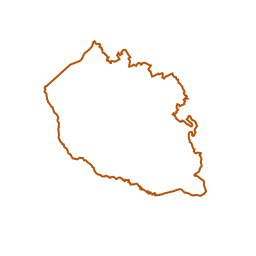 map outline of Limpopo (Natural Earth projection), rotated 244°
{"feature_id": "ZAF-1210", "entity_name": "Limpopo", "entity_type": "Province", "adm_level": 1, "iso_a3": "ZAF", "parent_name": "South Africa", "parent_adm1": "", "projection": "natural_earth1", "projection_center": [29.071, -23.769], "detail": "fine", "context": "isolated", "style": "outline", "palette": "amber", "viewbox_px": 256, "rotation_deg": 244, "n_neighbors": 0, "source": "natural_earth", "source_scale": "10m", "svg_char_len": 5797}
<svg xmlns="http://www.w3.org/2000/svg" viewBox="0 0 256 256"><g transform="rotate(244 128 128)"><path d="M132.0,63.3L133.8,63.7L134.8,63.8L135.4,63.6L135.7,63.8L136.4,63.8L138.4,62.6L139.1,62.4L140.8,62.9L141.7,63.0L142.0,62.6L142.3,61.9L143.0,61.8L144.1,61.9L145.4,61.2L146.1,61.1L146.7,61.6L147.1,61.4L149.4,61.3L150.1,61.5L152.1,63.0L153.3,63.3L154.1,63.8L155.3,63.9L155.8,64.1L156.8,64.7L157.8,65.0L158.2,65.2L158.8,66.0L159.0,66.3L160.0,66.4L160.5,66.7L161.4,67.5L162.3,67.9L162.9,68.0L164.4,67.7L165.2,67.8L165.9,68.0L166.4,68.4L166.8,68.9L167.9,69.7L169.1,70.0L170.4,70.0L171.7,69.7L172.4,69.5L173.7,68.8L174.3,68.6L175.0,68.6L177.2,68.9L178.2,68.9L178.5,69.0L179.0,69.4L179.8,69.3L180.7,68.5L181.4,68.3L185.2,68.0L186.3,67.5L187.3,67.8L189.3,68.0L193.0,69.0L194.2,69.6L194.8,69.7L195.4,69.5L196.5,68.9L197.0,68.9L197.4,69.1L198.1,70.0L199.1,70.7L199.4,70.8L199.6,70.8L200.2,70.5L200.5,70.6L200.9,70.9L201.7,72.2L201.3,72.9L210.0,103.1L210.2,104.3L209.4,113.6L209.6,115.3L210.2,116.7L213.5,120.6L214.2,122.1L215.4,127.2L216.8,130.8L217.3,131.6L217.9,132.3L220.1,134.1L220.5,134.6L220.7,135.2L220.7,135.9L220.3,136.1L219.5,136.2L219.0,136.2L218.5,135.9L218.1,136.0L216.6,137.5L216.2,139.1L215.8,139.4L215.1,139.5L214.5,139.3L214.2,139.1L214.1,138.8L214.0,138.3L213.9,138.2L213.6,137.9L213.1,138.0L212.8,138.2L212.5,138.5L212.0,139.3L211.6,139.4L211.4,139.3L211.0,138.8L210.8,138.7L210.6,138.8L209.8,139.3L209.4,139.2L208.7,138.8L206.9,138.3L206.7,138.3L205.9,139.3L205.4,139.7L205.2,139.8L204.4,139.6L204.1,139.7L203.7,140.0L203.1,140.5L202.7,140.7L201.4,140.4L200.9,140.5L200.0,141.5L199.4,140.2L198.5,138.8L197.5,138.9L197.1,140.0L195.9,140.2L194.2,140.7L194.0,141.2L195.3,141.4L195.4,142.5L194.8,143.7L193.3,145.1L193.5,150.5L196.2,150.4L198.1,150.1L199.8,152.3L197.0,152.8L197.2,155.2L198.8,155.0L200.3,158.1L199.0,160.1L193.3,160.5L190.6,161.1L190.4,158.9L187.2,159.2L183.5,156.3L182.6,156.0L182.4,156.6L182.2,158.3L182.4,161.1L181.5,161.5L180.3,162.5L181.3,164.0L181.9,166.1L180.6,167.3L179.1,167.5L179.0,167.9L179.9,169.0L179.8,170.7L178.5,172.4L175.3,174.6L174.2,176.0L171.8,172.1L169.9,172.3L169.3,173.1L163.7,172.2L163.4,174.6L163.5,177.7L163.7,179.0L162.5,179.5L162.4,182.6L161.6,183.1L160.3,182.4L158.6,181.1L156.7,182.0L157.7,184.2L157.5,188.2L157.6,191.7L155.4,191.6L153.6,192.1L152.6,193.3L150.3,193.0L149.6,194.2L146.3,193.2L144.6,194.3L141.4,194.9L139.1,194.5L137.2,194.9L135.5,194.6L135.1,193.4L132.6,193.4L131.9,194.3L130.7,194.8L130.1,193.3L128.4,194.2L129.3,191.6L129.1,190.5L126.9,191.1L126.6,189.9L124.8,189.1L125.0,183.9L126.4,184.2L127.8,182.7L126.0,181.0L124.3,180.5L122.4,181.1L121.4,178.3L120.5,178.3L120.0,176.3L121.3,175.6L120.7,174.2L117.8,175.7L116.0,175.5L115.2,175.6L114.4,175.8L112.5,176.8L110.3,178.2L110.2,178.8L110.9,180.2L108.9,181.5L105.8,182.5L105.1,182.9L104.8,183.6L103.5,184.4L102.2,184.9L101.8,185.3L101.6,185.8L101.7,186.3L102.1,187.0L102.9,187.2L104.3,187.1L105.4,186.7L106.1,186.3L107.1,185.6L110.1,184.6L110.4,185.6L111.3,187.0L112.0,187.4L112.1,188.2L112.0,188.4L111.4,188.8L110.3,189.2L109.2,189.0L107.5,189.1L106.6,189.5L106.0,190.3L104.3,191.2L102.3,191.3L101.9,190.8L99.5,191.0L97.4,187.3L96.2,186.6L95.0,186.8L94.3,186.7L93.9,186.3L93.6,185.3L93.2,184.8L92.4,184.2L92.3,183.4L92.5,182.8L93.3,182.5L93.8,182.6L95.1,183.4L95.6,183.6L96.3,183.6L96.7,183.2L97.0,182.4L97.1,181.3L96.6,180.5L95.6,179.8L92.9,178.5L91.7,178.1L90.0,178.0L88.4,177.5L87.6,177.6L87.2,177.9L86.9,178.2L86.4,178.3L81.3,177.6L80.7,177.7L80.2,178.0L79.7,178.4L78.3,176.9L77.5,177.1L76.7,177.1L76.0,177.5L75.7,177.7L75.5,178.0L75.5,179.0L75.3,179.8L74.1,181.9L73.8,182.3L73.5,182.4L73.3,182.3L73.1,182.3L72.8,182.0L72.5,180.7L72.2,180.4L70.6,180.7L68.1,180.5L65.4,178.4L61.8,177.8L61.4,177.4L60.6,175.6L59.5,174.4L58.3,173.5L57.5,172.0L57.0,167.9L56.8,167.2L56.3,166.9L55.8,167.0L55.5,167.4L55.1,168.4L53.7,169.6L49.8,171.4L47.7,172.7L47.2,172.8L45.7,172.5L44.8,172.1L43.7,171.3L42.9,171.1L37.1,170.5L36.7,170.3L36.5,169.4L35.5,167.6L35.3,166.5L35.3,163.2L37.5,160.7L37.8,160.2L38.7,157.3L39.6,156.1L40.5,155.2L42.7,153.7L44.8,151.3L45.0,150.7L45.8,150.3L48.8,149.2L49.5,148.8L50.0,148.2L50.4,147.5L51.0,143.9L51.1,142.1L53.4,131.3L53.5,130.2L53.3,129.4L54.3,127.4L54.1,126.7L54.3,125.9L54.9,124.7L55.5,123.0L55.8,122.7L56.2,122.8L56.7,123.8L57.2,123.8L57.8,123.4L57.7,122.8L57.5,122.1L57.5,121.3L57.9,121.6L58.0,121.2L58.2,120.9L58.9,120.5L58.6,120.5L58.9,120.0L59.2,119.7L59.6,119.6L60.0,119.9L60.2,119.4L59.7,118.9L59.6,118.4L59.7,118.1L60.0,118.0L60.4,118.2L60.7,118.5L61.1,117.9L61.2,117.7L61.4,118.0L61.7,118.2L62.0,118.1L62.4,118.0L61.9,117.2L62.3,116.7L63.5,116.3L64.8,115.6L65.4,115.1L66.0,114.5L66.8,113.1L67.3,112.6L67.6,113.9L68.0,113.7L68.4,113.0L69.3,112.5L69.6,112.6L69.3,113.2L69.8,113.5L70.2,113.2L70.8,112.4L71.2,112.2L72.6,112.1L73.4,111.9L74.0,111.4L74.5,110.6L74.7,109.7L74.5,108.9L74.9,108.5L75.1,107.4L75.7,106.6L76.0,105.5L76.4,105.5L77.4,105.9L77.8,105.8L79.1,104.6L80.0,105.7L80.5,105.9L81.0,105.7L81.2,105.3L81.7,103.7L82.2,103.4L81.7,102.4L81.6,102.1L81.7,101.8L82.8,101.9L83.3,101.7L83.1,100.9L84.4,100.6L85.8,99.9L87.0,99.0L87.5,97.9L87.3,96.1L87.2,95.2L87.6,94.8L88.3,94.7L89.7,94.0L90.1,93.7L90.7,93.1L91.1,92.3L91.2,91.4L90.9,90.5L91.0,90.0L91.6,89.7L92.9,89.2L93.4,88.1L94.3,87.7L94.7,87.4L94.9,86.9L94.9,86.5L94.7,85.7L94.8,85.2L95.0,84.8L96.1,83.3L96.4,83.1L97.6,82.9L97.9,82.7L99.1,81.0L99.7,80.6L100.9,79.8L102.2,79.4L105.0,79.2L107.2,79.8L107.7,79.6L108.5,78.9L109.1,78.8L109.7,78.9L110.6,78.9L111.8,78.4L114.3,76.9L115.8,76.4L117.2,76.0L117.7,75.6L117.9,74.8L118.2,74.3L119.0,74.3L120.5,74.4L121.1,73.9L121.9,72.3L122.2,71.9L122.4,71.5L122.1,68.6L122.9,67.5L123.6,66.7L124.1,66.4L124.1,66.2L124.8,65.1L125.1,64.9L129.3,64.7L129.9,64.4L130.4,63.9L131.1,63.4L132.0,63.3Z" fill="none" stroke="#b45309" stroke-width="2"/></g></svg>